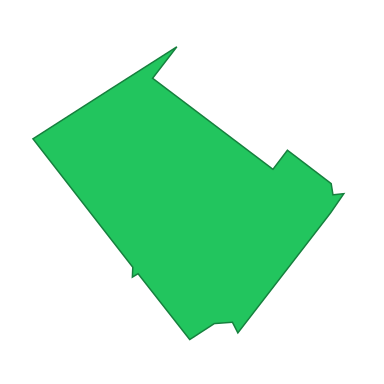 Bleckley, Georgia, United States of America, rotated 262°
{"feature_id": "52423323B95908635814983", "entity_name": "Bleckley", "entity_type": "district", "adm_level": 2, "iso_a3": "USA", "parent_name": "United States of America", "parent_adm1": "Georgia", "projection": "mercator", "projection_center": [-83.355, 32.428], "detail": "fine", "context": "isolated", "style": "filled", "palette": "green", "viewbox_px": 384, "rotation_deg": 262, "n_neighbors": 0, "source": "geoboundaries", "source_scale": "gbopen_adm2", "svg_char_len": 381}
<svg xmlns="http://www.w3.org/2000/svg" viewBox="0 0 384 384"><g transform="rotate(262 192 192)"><path d="M46.2,169.2L58.6,195.8L57.4,213.9L46.1,217.8L152.0,326.3L169.2,342.1L169.6,331.2L180.9,331.0L220.1,292.3L203.2,275.3L310.1,168.8L337.9,197.2L305.0,125.1L266.8,41.9L125.7,122.9L116.0,121.1L118.6,127.2L46.2,169.2Z" fill="#22c55e" stroke="#15803d" stroke-width="1.5"/></g></svg>